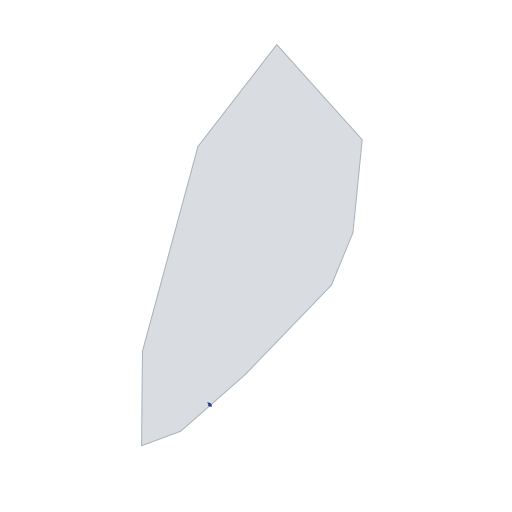 Marisule/Top Of The World, Gros Islet, Saint Lucia (highlighted), rotated 193°
{"feature_id": "8701671B2050901299754", "entity_name": "Marisule/Top Of The World", "entity_type": "district", "adm_level": 2, "iso_a3": "LCA", "parent_name": "Saint Lucia", "parent_adm1": "Gros Islet", "projection": "natural_earth1", "projection_center": [-60.968, 14.044], "detail": "fine", "context": "in_parent", "style": "filled", "palette": "blue", "viewbox_px": 512, "rotation_deg": 193, "n_neighbors": 0, "source": "geoboundaries", "source_scale": "gbopen_adm2", "svg_char_len": 799}
<svg xmlns="http://www.w3.org/2000/svg" viewBox="0 0 512 512"><g transform="rotate(193 256 256)"><path d="M337.2,349.6L283.3,466.6L178.7,393.2L166.8,300.7L175.9,244.7L240.0,137.8L289.9,68.4L324.8,45.4L345.2,137.6L337.2,349.6Z" fill="#d9dde1" stroke="#a8b0b8" stroke-width="1"/><path d="M267.9,99.6L267.0,99.6L266.5,99.8L266.3,99.9L266.2,99.9L266.3,100.1L266.4,100.3L266.4,100.5L266.5,100.5L266.6,100.8L266.9,101.2L267.1,101.4L267.4,101.5L267.5,101.6L268.0,101.6L268.3,101.8L268.6,101.8L268.9,101.8L269.0,101.8L268.9,101.7L268.8,101.3L268.7,101.3L268.4,101.3L268.3,101.2L268.1,101.2L267.9,101.1L267.7,101.0L267.4,101.2L267.2,101.0L267.1,100.9L266.9,100.8L266.9,100.7L267.0,100.6L267.1,100.3L267.3,100.1L267.4,99.9L268.0,99.7L267.9,99.6Z" fill="#3b82f6" stroke="#1e3a8a" stroke-width="1.5"/></g></svg>